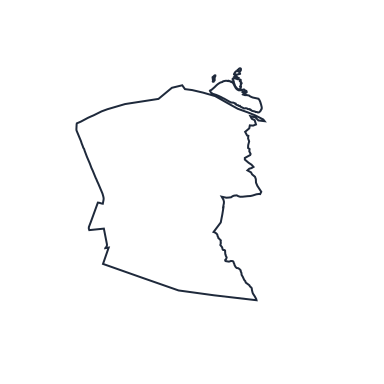 Tigre, Buenos Aires, Argentina (orthographic projection), rotated 322°
{"feature_id": "61730980B37602961907031", "entity_name": "Tigre", "entity_type": "district", "adm_level": 2, "iso_a3": "ARG", "parent_name": "Argentina", "parent_adm1": "Buenos Aires", "projection": "orthographic", "projection_center": [-58.508, -34.4], "detail": "fine", "context": "isolated", "style": "outline", "palette": "slate", "viewbox_px": 384, "rotation_deg": 322, "n_neighbors": 0, "source": "geoboundaries", "source_scale": "gbopen_adm2", "svg_char_len": 6029}
<svg xmlns="http://www.w3.org/2000/svg" viewBox="0 0 384 384"><g transform="rotate(322 192 192)"><path d="M250.0,101.9L240.3,97.5L222.9,98.0L208.6,90.0L193.4,81.5L176.3,74.7L170.4,72.8L161.6,71.0L158.6,70.2L155.7,69.5L147.7,68.1L143.5,67.0L142.7,67.7L139.6,71.3L139.1,72.0L138.8,72.7L135.8,83.6L134.9,86.0L134.1,88.8L133.6,90.1L133.5,91.6L132.8,93.4L130.9,99.5L129.0,106.7L127.6,111.1L126.9,114.1L124.7,121.9L124.5,123.1L124.0,124.7L123.3,127.7L120.5,138.1L119.4,140.8L118.6,142.4L118.3,142.8L117.4,143.8L114.5,146.3L113.6,145.3L112.2,143.3L111.3,142.4L93.7,153.4L89.2,156.1L88.8,156.5L88.1,157.4L87.6,158.8L100.0,166.6L92.7,181.0L92.0,181.8L91.4,182.2L90.6,182.6L89.5,182.7L89.2,182.9L92.1,184.5L77.6,193.9L99.7,228.5L120.8,261.3L145.6,286.8L176.2,317.0L176.7,315.9L177.2,313.0L177.5,309.6L177.7,308.8L178.8,306.3L179.8,304.6L179.9,303.9L179.6,302.4L179.6,301.6L179.8,300.9L179.7,300.5L178.6,296.5L179.1,295.0L179.0,293.7L179.1,293.0L179.8,290.1L180.1,287.8L181.0,286.4L181.2,286.0L181.5,284.6L181.8,284.1L182.1,283.7L182.0,282.3L181.7,281.0L181.4,280.4L180.5,279.5L180.4,279.3L180.2,278.1L180.5,275.9L181.0,274.8L181.3,273.4L181.5,273.0L181.7,272.4L181.6,271.7L181.2,271.2L180.2,270.3L178.8,269.9L178.0,269.4L176.0,267.2L175.9,266.9L175.9,266.7L176.2,266.1L176.6,265.9L177.4,265.9L178.0,265.6L179.0,264.9L179.1,264.6L179.3,263.4L179.4,262.9L179.9,262.1L180.0,261.4L182.0,258.5L182.0,258.2L181.8,257.7L180.9,256.9L180.8,256.5L180.8,256.1L181.5,254.6L181.7,253.8L181.7,251.2L183.4,249.9L183.7,249.1L184.9,247.9L184.9,247.5L184.7,246.8L184.7,245.9L184.4,244.6L184.8,244.0L184.9,242.9L185.7,241.1L185.7,240.1L185.4,238.7L184.8,237.4L184.4,236.8L195.9,233.7L201.9,228.5L207.4,223.4L207.1,223.2L210.3,220.4L211.2,219.3L212.0,217.5L212.5,214.0L215.6,217.7L217.4,218.9L219.5,220.2L221.4,220.3L223.0,220.8L225.2,222.2L225.9,223.8L227.0,225.4L228.7,226.7L233.5,229.7L235.5,231.1L237.6,232.1L241.4,233.5L243.6,234.8L244.4,235.6L246.7,234.5L247.3,227.4L248.2,224.0L250.2,221.2L251.0,218.8L250.2,215.1L250.6,212.9L249.0,209.1L251.5,208.9L253.6,209.8L255.9,210.1L255.7,207.1L254.6,203.8L253.6,199.0L254.6,197.7L260.6,198.7L261.6,198.1L262.2,195.2L263.8,193.6L263.3,191.8L265.1,189.7L268.2,187.3L269.2,184.3L271.0,182.4L270.2,181.4L270.9,177.3L276.3,177.1L278.6,175.1L281.0,177.3L284.0,178.2L285.6,174.0L284.2,171.1L284.7,168.2L287.9,172.3L288.4,176.5L292.8,180.9L292.8,178.7L288.9,170.4L285.1,163.8L279.3,154.6L275.0,144.5L269.3,130.7L261.9,120.5L254.9,111.8L249.8,106.6L250.0,101.9ZM283.7,124.0L281.7,123.2L280.3,123.0L278.5,122.9L276.8,123.0L274.3,123.3L270.7,123.5L269.5,123.4L269.1,123.2L268.7,123.2L268.4,123.3L268.2,125.1L268.2,125.8L268.5,126.3L268.6,127.0L269.4,128.4L269.6,128.7L269.8,128.8L270.2,129.5L270.8,130.3L272.3,133.0L273.4,135.2L274.2,137.1L274.8,138.2L275.2,139.2L277.4,144.5L278.2,145.9L279.5,146.9L280.7,149.0L280.4,149.1L280.3,149.4L280.3,149.6L281.3,151.7L281.7,151.9L281.9,153.0L282.8,153.6L282.8,153.8L282.6,153.8L282.7,154.5L284.5,158.2L285.0,158.6L285.9,159.0L286.7,159.9L287.1,161.1L287.8,161.7L288.1,161.8L288.6,162.5L288.8,163.0L288.5,163.2L288.8,163.8L289.0,164.0L289.3,165.1L291.1,167.2L291.3,168.0L291.6,168.3L292.4,168.9L292.7,169.6L292.9,169.9L293.7,170.4L294.3,170.5L294.6,170.5L295.3,170.3L296.3,170.2L296.8,169.8L297.7,169.5L297.9,169.3L298.2,169.3L299.1,168.2L300.5,165.1L300.7,164.3L301.1,163.6L301.4,162.4L301.6,161.8L301.8,160.5L301.8,159.9L301.6,159.5L301.7,159.3L298.1,155.0L297.3,153.7L296.6,152.2L296.3,151.0L295.6,150.3L295.5,150.0L293.1,148.0L293.0,147.7L293.3,147.7L293.2,147.6L293.5,147.4L293.5,146.9L292.3,146.8L292.2,146.6L293.0,146.5L293.4,146.2L293.5,146.0L293.7,145.8L293.3,144.3L294.1,144.3L294.2,145.3L294.3,145.9L294.9,146.4L295.3,146.9L295.9,147.1L296.4,147.1L297.0,146.3L297.0,145.7L296.6,145.2L296.3,145.2L296.1,144.9L296.3,143.9L296.2,143.4L296.0,143.1L294.6,142.5L293.8,142.2L292.5,141.5L291.4,140.6L291.1,140.0L290.7,139.0L290.5,138.0L290.5,136.8L290.9,134.3L291.4,132.0L291.4,131.3L291.3,130.6L291.1,129.9L291.0,129.6L290.8,129.6L290.6,129.5L290.4,128.9L290.5,128.6L289.7,127.8L289.8,127.6L289.6,127.3L289.5,127.1L289.1,127.1L288.9,126.9L289.1,126.8L289.0,126.6L288.3,126.4L287.9,125.8L286.9,125.0L285.6,124.4L284.9,124.0L284.2,123.9L284.1,124.0L283.7,124.0ZM299.3,133.9L299.4,133.5L298.9,132.7L297.8,131.5L297.2,131.1L297.1,130.8L296.3,129.5L295.7,128.9L294.3,127.8L293.9,127.8L293.6,127.9L293.2,128.6L293.2,129.5L293.0,130.5L292.3,131.7L291.5,134.3L291.2,135.2L291.2,137.7L291.4,139.1L292.2,139.9L292.6,140.6L293.6,140.6L294.0,140.4L294.1,140.0L294.2,139.8L294.6,139.8L294.9,139.5L295.1,139.5L295.6,139.0L295.6,138.6L295.1,138.6L295.0,138.4L295.4,138.2L295.9,138.2L296.1,138.1L296.8,137.2L297.0,137.4L297.5,137.1L297.5,136.6L297.5,136.3L297.9,136.1L298.1,135.7L298.3,135.9L298.4,135.4L298.0,134.8L297.9,134.1L298.1,133.9L298.5,133.9L298.7,134.0L299.0,134.0L299.3,133.9ZM301.1,124.0L299.5,124.2L299.2,124.5L298.3,124.6L297.5,125.2L297.5,125.4L298.4,126.4L299.0,126.5L300.0,127.4L300.5,127.6L300.8,127.6L301.1,127.7L301.8,128.1L302.5,128.4L302.7,127.9L302.8,127.9L302.8,127.6L302.8,127.2L303.1,127.0L303.1,125.8L302.9,125.5L302.5,125.2L302.4,124.6L302.0,124.3L301.6,124.3L301.4,124.1L301.1,124.0ZM282.1,114.3L281.7,114.1L281.5,114.3L280.6,114.1L280.4,114.4L279.9,114.5L279.4,114.2L278.9,114.2L278.5,114.7L278.5,115.3L278.1,115.5L277.5,116.5L277.5,116.8L277.7,117.2L277.9,117.6L277.8,118.1L278.1,118.1L278.8,117.8L279.1,117.3L278.9,117.2L278.9,116.9L278.7,116.9L279.1,116.8L279.3,116.5L279.7,116.5L280.2,116.0L280.3,115.8L281.8,115.0L282.2,114.5L282.1,114.3ZM305.7,123.9L305.0,123.8L304.8,124.0L303.3,123.9L303.2,124.6L303.7,125.9L304.3,126.5L304.5,126.5L305.5,126.1L306.3,125.2L306.4,124.7L306.3,124.4L305.7,123.9ZM298.9,130.7L298.3,129.6L298.3,129.0L298.3,128.7L298.0,128.1L297.1,127.3L296.8,127.3L296.2,127.3L296.3,127.7L296.9,128.8L296.9,129.2L297.7,129.7L297.9,130.2L298.6,130.8L298.9,130.7ZM277.1,118.3L277.2,117.9L277.4,117.8L277.4,117.6L277.0,117.4L276.8,117.4L276.4,117.7L276.4,118.0L276.9,118.4L277.1,118.3Z" fill="none" stroke="#1e293b" stroke-width="2"/></g></svg>